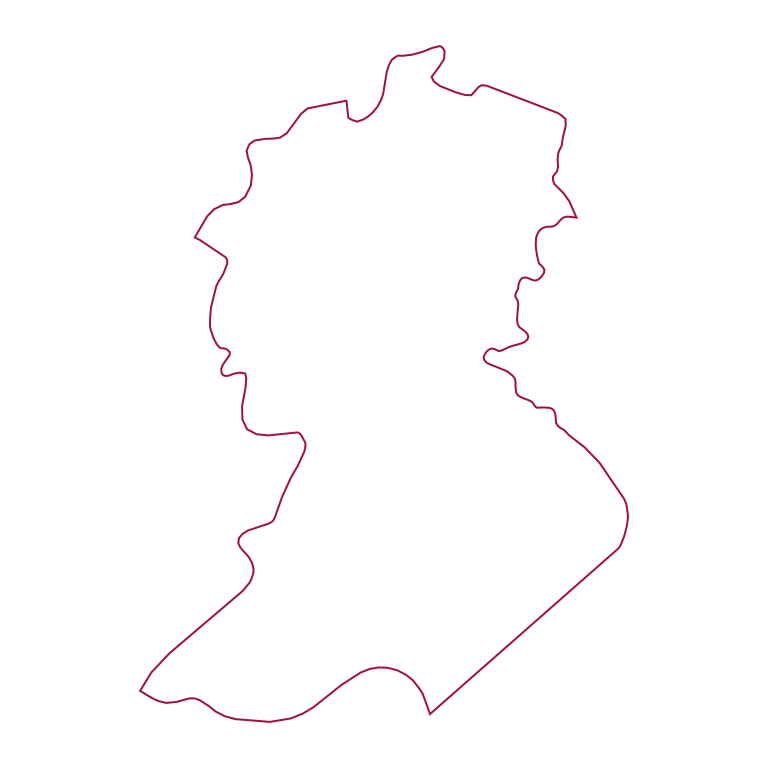 Sidi Bel Abbès, Mercator projection
{"feature_id": "DZA-2146", "entity_name": "Sidi Bel Abbès", "entity_type": "Province", "adm_level": 1, "iso_a3": "DZA", "parent_name": "Algeria", "parent_adm1": "", "projection": "mercator", "projection_center": [-0.548, 34.822], "detail": "fine", "context": "isolated", "style": "outline", "palette": "rose", "viewbox_px": 768, "rotation_deg": 0, "n_neighbors": 0, "source": "natural_earth", "source_scale": "10m", "svg_char_len": 3271}
<svg xmlns="http://www.w3.org/2000/svg" viewBox="0 0 768 768"><path d="M576.5,217.6L568.8,216.7L565.5,216.8L563.0,217.8L560.9,219.5L557.3,223.7L555.1,225.4L552.5,226.5L546.1,226.9L543.4,227.8L541.1,229.1L539.2,231.0L537.4,234.0L536.1,237.9L535.7,245.2L536.1,249.6L537.9,259.7L538.9,263.2L543.0,267.4L544.4,269.7L544.0,272.9L541.2,277.0L538.6,279.3L535.8,280.5L533.1,280.2L527.8,278.0L524.9,277.4L522.2,277.9L520.3,280.1L518.7,283.5L518.0,289.0L515.9,292.9L515.2,296.1L516.2,298.2L517.6,300.4L518.3,304.3L517.0,319.1L517.6,324.0L519.3,327.2L523.9,330.5L526.0,332.4L527.6,334.4L528.3,336.9L527.4,339.5L524.6,342.0L521.8,343.3L510.4,346.5L500.7,350.9L498.3,350.9L493.7,348.7L491.0,348.6L488.8,349.7L486.8,351.5L485.1,353.7L483.9,356.2L483.8,358.9L485.7,361.9L488.5,363.7L506.4,371.0L508.9,372.6L513.2,376.2L514.7,378.4L515.5,381.2L515.6,388.6L516.3,392.9L518.1,395.5L520.8,397.2L529.6,400.6L531.7,401.8L532.8,402.9L534.0,404.6L535.1,406.5L536.7,407.6L539.1,407.7L542.0,407.4L548.2,407.7L550.9,408.3L553.2,409.7L554.8,412.4L555.6,416.3L556.0,422.8L558.0,426.0L560.6,428.1L563.3,429.5L565.4,431.2L569.1,435.3L584.6,447.3L599.7,463.0L624.0,498.7L626.2,503.8L626.8,506.5L627.9,515.7L627.8,519.1L626.7,526.7L624.1,536.5L620.7,545.0L619.1,547.8L430.0,714.1L422.8,694.0L419.3,688.5L412.9,680.3L405.9,674.8L397.3,670.3L387.8,667.8L378.8,667.4L369.9,668.9L360.9,672.4L341.9,684.6L313.2,707.4L302.6,713.7L290.9,718.4L269.9,721.9L235.2,719.1L224.8,716.2L215.8,711.6L208.6,705.9L199.9,700.3L194.9,698.4L189.3,698.4L176.0,702.0L166.1,702.9L158.2,701.0L152.0,698.1L140.1,690.9L151.4,672.4L169.4,653.3L242.6,591.0L249.9,582.2L251.8,577.9L253.3,573.4L253.5,569.6L253.2,567.2L252.4,563.9L251.5,561.9L248.8,557.2L247.0,554.9L242.2,549.8L240.0,546.9L238.3,543.1L239.0,538.1L242.6,533.8L247.9,530.5L268.0,523.8L271.5,522.1L272.9,520.8L274.5,518.5L282.1,496.9L291.0,477.4L297.6,466.1L304.2,451.9L305.4,446.6L305.3,442.7L301.5,435.7L299.9,433.6L297.6,432.4L268.4,435.4L256.5,434.2L247.1,429.3L242.4,419.4L242.1,406.1L245.5,387.7L246.3,378.0L245.1,373.4L240.1,372.6L234.0,373.7L228.0,375.9L224.3,375.8L221.9,373.9L221.1,369.1L223.0,364.4L229.7,355.0L229.7,352.3L227.4,349.6L225.0,348.6L223.1,348.3L221.5,348.3L219.3,347.3L216.6,344.0L213.5,338.1L210.6,329.3L210.0,325.9L210.1,318.5L211.0,307.4L216.3,286.1L218.2,282.2L223.1,274.3L227.3,263.6L227.1,259.9L225.6,257.3L199.6,239.8L198.1,239.2L194.8,237.4L207.2,216.3L213.9,209.3L222.9,204.9L230.3,204.1L238.4,202.1L245.1,196.9L250.8,185.7L252.0,174.7L250.6,165.2L247.8,157.0L246.6,150.5L249.5,144.1L254.6,140.5L265.2,138.8L272.2,138.7L279.9,137.7L286.7,133.3L301.0,113.9L307.6,108.4L346.4,100.7L348.4,118.0L352.7,120.2L357.2,121.6L363.1,119.6L367.9,116.6L372.5,112.7L377.2,107.1L380.7,100.8L383.1,94.2L386.8,71.7L388.9,65.2L391.9,59.6L395.8,56.8L398.1,55.6L402.8,55.8L412.1,54.7L422.6,51.8L431.7,48.1L439.8,46.1L442.1,47.2L444.6,50.8L444.1,58.9L439.1,66.9L431.6,76.9L433.7,81.3L440.1,86.1L455.7,92.3L465.2,95.0L471.3,95.2L478.4,87.2L481.6,85.2L486.7,85.7L557.8,113.0L561.3,115.3L565.5,119.0L565.7,125.8L563.1,136.4L561.6,145.8L560.5,148.2L559.1,150.6L558.1,154.2L557.6,159.1L558.0,166.6L557.4,170.0L556.4,172.4L554.7,174.1L553.1,176.3L552.8,179.6L554.2,183.8L563.1,192.7L569.2,201.1L576.5,217.6Z" fill="none" stroke="#9f1239" stroke-width="2"/></svg>